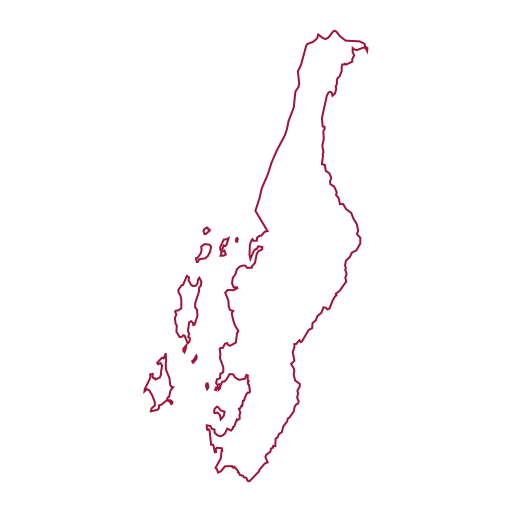 the district of Mueang Ranong, Ranong, Thailand
{"feature_id": "78962969B42401089458559", "entity_name": "Mueang Ranong", "entity_type": "district", "adm_level": 2, "iso_a3": "THA", "parent_name": "Thailand", "parent_adm1": "Ranong", "projection": "equal_earth", "projection_center": [98.553, 9.9], "detail": "fine", "context": "isolated", "style": "outline", "palette": "rose", "viewbox_px": 512, "rotation_deg": 0, "n_neighbors": 0, "source": "geoboundaries", "source_scale": "gbopen_adm2", "svg_char_len": 6077}
<svg xmlns="http://www.w3.org/2000/svg" viewBox="0 0 512 512"><path d="M298.0,403.6L298.7,401.3L297.1,397.7L298.1,393.4L297.4,390.6L299.6,386.9L299.8,383.9L295.2,380.6L293.6,374.3L294.3,371.2L293.9,368.6L291.1,363.9L294.4,360.8L292.7,352.3L294.4,347.2L294.3,344.1L296.1,344.0L299.4,340.2L300.8,342.1L302.0,341.3L308.6,330.0L312.2,328.1L312.5,323.1L315.7,320.4L317.5,316.0L321.4,312.7L323.4,307.4L325.6,307.6L327.6,309.5L329.6,308.4L332.5,300.8L334.8,296.6L336.5,295.3L335.8,293.7L339.6,290.9L346.3,281.4L345.3,277.9L346.6,273.7L345.2,269.7L345.9,268.0L345.0,265.5L345.9,260.7L349.9,256.9L351.8,252.7L356.4,250.3L360.3,243.4L360.3,237.8L356.9,234.0L358.2,230.7L356.8,224.2L353.3,218.3L351.2,212.9L346.0,209.0L343.2,204.1L339.9,204.1L338.6,198.1L336.0,194.8L336.8,192.4L334.3,186.8L330.3,184.1L330.0,181.5L331.3,177.9L329.3,173.3L325.7,170.8L324.9,165.0L321.9,164.2L323.0,156.2L322.7,153.8L323.5,152.4L322.3,145.6L323.8,138.8L323.3,131.5L324.8,128.1L324.3,126.6L322.7,126.5L321.9,118.2L326.8,95.8L328.2,93.0L329.8,91.8L331.8,92.7L332.5,95.7L335.0,93.5L336.2,89.0L335.7,86.5L337.0,83.7L336.8,80.7L337.4,78.5L339.8,76.1L341.6,71.1L341.8,66.1L342.4,64.4L344.9,64.5L345.1,63.8L346.6,64.4L352.4,61.5L352.2,59.0L354.2,55.5L352.6,51.9L352.7,48.1L354.1,49.4L356.9,50.1L363.9,47.4L366.2,48.9L367.1,51.0L367.5,48.2L365.2,46.5L364.6,43.9L359.7,41.4L345.6,40.6L339.9,36.2L336.5,31.8L334.7,30.7L333.0,31.6L328.4,37.6L325.5,39.1L322.8,38.0L318.2,34.5L317.2,38.1L316.1,39.4L312.6,42.1L307.4,43.9L306.3,45.4L301.0,64.9L297.9,71.2L299.2,83.8L298.5,87.0L295.8,90.9L295.2,93.1L293.8,107.4L288.5,121.2L286.9,129.2L284.8,135.4L276.5,151.1L271.6,162.5L267.8,174.4L261.8,188.2L259.5,198.2L255.4,210.8L267.5,231.1L264.6,231.8L261.3,235.6L259.6,235.8L257.1,237.6L256.8,240.7L253.4,240.8L252.5,239.1L251.8,239.8L249.9,244.5L249.5,254.8L250.4,258.9L253.3,251.9L254.9,249.6L256.9,248.8L258.2,246.3L262.3,247.0L262.2,249.3L258.2,251.3L256.6,254.5L255.0,262.8L251.9,266.5L251.8,267.6L247.1,267.9L245.4,265.7L243.0,265.5L239.5,266.7L236.8,269.5L235.5,274.0L232.8,277.9L232.0,283.3L233.7,287.4L237.0,287.3L237.3,288.2L233.5,290.2L227.7,290.0L225.2,292.7L228.4,300.6L228.7,306.2L229.5,309.0L230.4,310.2L233.2,311.0L231.7,313.2L233.1,319.8L235.1,325.8L238.2,330.5L238.3,331.7L237.1,332.8L235.8,342.6L230.1,345.8L227.9,344.7L227.1,343.0L224.8,343.9L222.9,347.9L220.5,347.9L219.7,348.7L220.4,353.9L219.9,358.0L223.3,367.3L223.3,371.7L222.2,373.1L220.3,373.7L220.0,378.3L216.9,379.4L216.1,383.2L217.6,385.2L219.1,384.2L220.5,385.4L222.3,381.6L224.2,381.6L226.2,379.8L229.6,374.1L233.1,374.3L235.2,377.6L239.1,379.9L244.9,378.7L246.4,374.9L247.8,375.5L247.6,379.3L248.7,381.3L247.7,382.0L248.3,384.5L249.0,384.9L250.0,391.4L249.4,392.7L247.8,392.5L246.3,394.3L243.9,400.7L242.9,400.9L242.3,405.9L241.5,405.6L240.4,408.1L238.9,408.7L240.4,412.7L239.5,414.8L239.7,418.7L237.3,420.3L236.8,419.6L234.3,426.3L233.0,427.1L232.8,428.5L231.0,430.6L227.4,428.6L224.8,433.7L222.1,435.8L220.2,436.2L217.0,435.0L214.6,432.7L214.5,429.5L211.7,428.8L210.6,426.1L206.8,425.3L206.9,429.3L207.7,429.9L208.8,429.3L209.6,430.7L211.1,444.7L212.8,444.6L213.5,445.5L214.8,452.2L216.0,452.0L215.8,448.8L216.7,447.8L221.8,448.2L222.3,450.8L221.6,451.0L220.7,458.6L215.5,467.9L217.1,469.5L218.0,472.5L220.8,471.4L225.0,466.3L232.1,466.1L232.6,467.4L233.9,467.7L234.4,466.9L237.8,470.7L237.9,472.3L238.7,472.4L240.0,475.1L243.0,475.7L243.8,477.2L246.3,477.8L247.7,480.9L249.4,481.3L259.0,471.4L259.6,469.5L264.8,463.5L267.6,462.4L265.4,457.0L266.2,454.8L270.5,451.6L270.9,448.6L273.0,447.7L273.2,445.9L275.3,446.1L275.6,438.6L277.7,437.3L278.9,434.0L281.8,432.2L283.3,426.4L287.2,421.3L287.8,418.5L289.4,417.6L293.7,411.5L294.7,406.6L296.4,404.3L298.0,403.6ZM191.1,284.9L188.6,280.5L189.0,277.4L186.8,275.9L183.1,284.9L181.6,285.3L178.4,289.8L178.5,292.4L180.4,295.3L181.3,299.8L181.3,308.3L178.1,310.5L175.9,310.6L175.1,311.7L176.4,314.4L174.9,318.1L175.6,323.8L176.8,325.5L176.4,331.7L179.6,337.0L181.4,336.9L183.5,335.3L184.6,335.7L187.6,343.3L189.2,342.0L189.9,339.1L189.8,338.0L188.2,337.0L189.2,333.7L187.9,331.2L189.2,322.2L191.2,321.2L193.0,323.0L193.3,325.1L194.5,324.7L197.5,315.8L196.9,309.5L195.1,307.3L195.2,303.1L198.9,291.8L199.3,287.4L200.9,285.7L201.4,281.7L199.3,277.8L198.1,279.6L197.4,283.5L195.8,285.7L193.0,286.1L191.1,284.9ZM165.8,358.4L165.9,353.2L163.7,358.3L162.0,357.7L157.2,362.8L158.0,364.2L160.6,363.1L162.1,365.6L160.9,372.7L161.2,374.2L159.8,377.5L155.5,379.5L155.1,378.3L153.6,378.3L152.6,376.9L152.8,373.1L152.2,374.1L150.1,374.4L150.4,376.8L149.3,380.0L144.8,388.9L144.5,391.4L147.0,389.1L149.3,390.4L152.3,395.5L154.8,402.1L154.8,405.5L151.6,408.3L150.9,411.3L157.6,409.8L158.9,408.2L159.0,405.5L162.1,404.2L167.0,400.0L167.6,397.7L169.1,396.7L170.6,390.3L173.1,387.2L171.5,387.0L170.2,385.0L169.5,378.4L166.0,369.6L165.7,363.3L166.3,359.9L165.8,358.4ZM209.6,244.7L204.7,244.1L201.2,246.6L201.6,250.1L200.7,253.4L197.6,257.8L196.0,258.3L196.8,262.0L197.6,262.1L199.4,259.2L205.3,258.3L208.0,255.8L210.2,251.3L211.1,246.8L209.6,244.7ZM218.0,407.1L216.7,406.7L214.4,409.3L214.1,412.2L214.7,413.2L217.5,412.5L219.9,415.0L220.7,419.4L223.8,415.8L224.6,411.7L220.7,410.4L218.0,407.1ZM226.6,244.6L228.5,238.2L226.7,239.3L223.8,239.5L220.1,247.4L220.5,250.0L222.4,249.3L223.6,245.5L225.0,246.2L226.6,244.6ZM208.3,229.5L207.5,227.6L206.7,227.5L203.9,229.6L203.5,231.2L204.6,234.1L205.8,234.0L209.8,230.5L209.6,229.6L208.3,229.5ZM225.8,254.5L224.4,250.6L221.2,252.2L221.2,254.4L220.5,255.7L223.7,255.7L225.8,254.5ZM184.4,352.3L185.7,349.1L186.2,345.4L183.5,348.5L183.2,350.6L184.4,352.3ZM196.2,355.6L193.5,360.4L192.5,360.7L192.2,361.6L193.1,362.8L196.2,359.1L196.8,356.8L196.2,355.6ZM207.6,383.4L206.6,383.5L205.9,385.9L207.2,389.2L208.5,387.2L207.6,383.4ZM170.1,400.2L168.4,400.2L168.4,401.2L169.7,401.3L171.2,404.1L172.2,403.3L172.3,401.6L170.1,400.2ZM237.1,241.8L237.8,238.8L237.2,238.0L236.3,238.6L235.9,240.3L236.3,241.6L237.1,241.8ZM217.7,387.3L216.2,387.3L215.1,389.8L216.2,390.2L217.7,387.3ZM220.3,386.9L219.2,387.1L218.9,389.4L219.9,388.4L220.3,386.9Z" fill="none" stroke="#9f1239" stroke-width="2"/></svg>